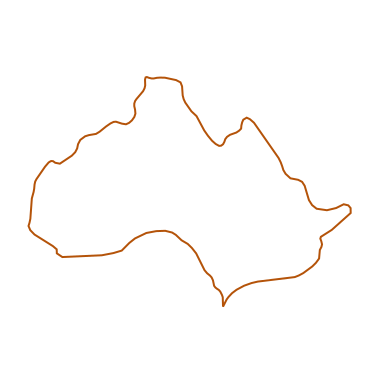 Cañar, Natural Earth projection, rotated 185°
{"feature_id": "ECU-1278", "entity_name": "Cañar", "entity_type": "Province", "adm_level": 1, "iso_a3": "ECU", "parent_name": "Ecuador", "parent_adm1": "", "projection": "natural_earth1", "projection_center": [-78.969, -2.515], "detail": "fine", "context": "isolated", "style": "outline", "palette": "amber", "viewbox_px": 384, "rotation_deg": 185, "n_neighbors": 0, "source": "natural_earth", "source_scale": "10m", "svg_char_len": 1965}
<svg xmlns="http://www.w3.org/2000/svg" viewBox="0 0 384 384"><g transform="rotate(185 192 192)"><path d="M144.0,270.8L140.7,269.6L136.3,266.4L108.7,233.4L106.2,229.3L104.4,225.5L102.9,221.8L100.3,218.2L95.1,214.2L87.3,213.4L83.2,211.7L80.3,208.0L74.8,194.1L71.2,189.4L66.4,186.2L56.0,185.6L47.0,188.6L39.8,193.0L35.1,192.3L32.6,189.8L32.1,184.9L49.5,166.4L59.7,158.6L60.1,156.7L58.9,154.2L57.9,151.2L58.3,148.5L59.6,145.4L59.6,136.8L62.4,132.2L65.7,128.3L74.1,120.9L78.4,118.1L82.2,116.2L118.6,108.5L124.7,106.5L131.9,103.2L139.1,98.5L143.3,94.7L146.5,90.6L148.1,88.0L151.1,80.5L152.2,89.9L153.2,92.1L155.2,95.3L156.8,96.8L158.9,97.9L160.5,99.0L161.8,100.5L163.4,105.8L165.0,108.6L166.8,110.3L169.9,112.4L172.7,115.2L182.5,131.2L187.2,136.2L191.7,139.9L198.2,143.0L204.4,147.9L208.3,149.9L215.3,151.0L224.2,149.9L233.9,147.2L244.7,140.8L250.0,135.8L256.9,127.5L265.0,124.3L276.3,121.1L315.5,115.9L321.3,119.1L321.8,123.1L325.9,126.0L345.2,135.9L349.8,139.9L351.9,143.9L351.2,147.2L350.7,151.2L351.0,171.6L349.8,178.2L349.5,181.5L349.5,185.7L349.1,188.8L348.0,191.4L340.6,204.4L337.4,208.9L336.1,209.9L335.0,210.6L334.0,210.6L333.1,210.6L330.8,209.2L326.1,208.7L314.9,217.7L311.8,221.5L310.2,225.4L309.7,229.7L307.8,234.2L303.3,238.2L299.6,239.7L292.7,241.5L289.3,244.0L283.3,249.8L279.2,253.2L276.2,255.0L273.9,255.4L267.8,254.0L263.7,253.7L260.7,255.4L258.1,258.1L256.0,261.7L255.2,265.1L255.9,269.1L257.0,272.5L257.2,275.1L256.6,277.7L255.4,279.8L249.5,288.2L248.3,291.2L247.9,294.1L248.6,299.9L248.2,302.1L247.0,302.6L244.9,302.0L242.2,301.6L239.9,301.8L236.9,302.7L233.7,303.2L228.9,303.5L217.6,302.1L213.0,300.2L211.1,296.4L209.7,287.4L208.4,283.8L206.5,280.5L199.6,272.3L194.1,268.0L185.2,254.4L181.1,249.5L176.5,244.8L172.6,241.9L169.0,240.3L167.0,240.7L165.2,242.3L164.1,244.9L163.5,247.5L161.9,250.0L159.1,252.3L153.0,255.1L150.4,257.2L148.6,259.4L148.6,262.6L148.1,265.8L147.2,268.5L144.0,270.8Z" fill="none" stroke="#b45309" stroke-width="2"/></g></svg>